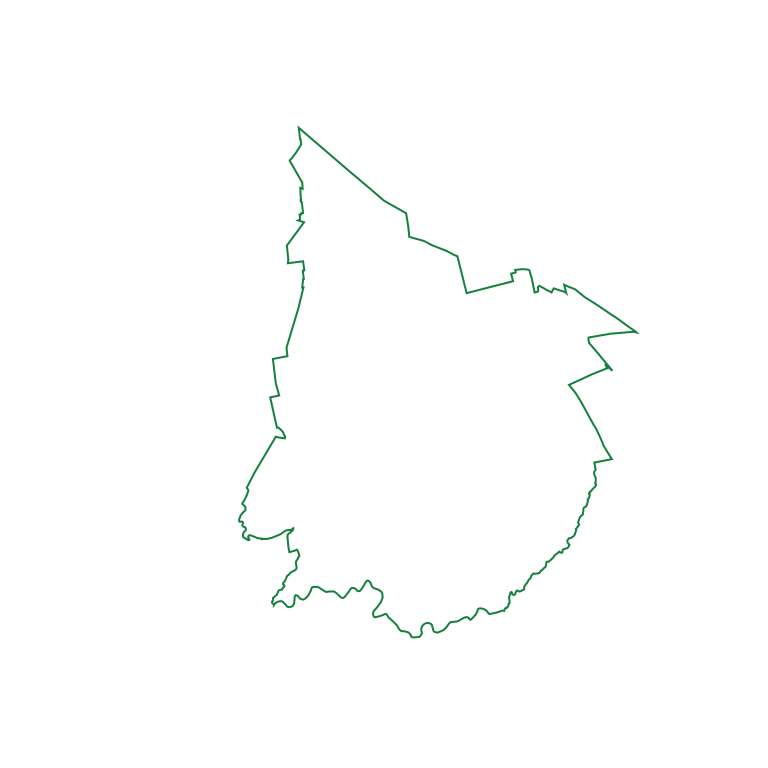 San Andrés Cholula, Puebla, Mexico, rotated 50°
{"feature_id": "50627088B61245588023001", "entity_name": "San Andrés Cholula", "entity_type": "district", "adm_level": 2, "iso_a3": "MEX", "parent_name": "Mexico", "parent_adm1": "Puebla", "projection": "mercator", "projection_center": [-98.283, 19.022], "detail": "fine", "context": "isolated", "style": "outline", "palette": "green", "viewbox_px": 768, "rotation_deg": 50, "n_neighbors": 0, "source": "geoboundaries", "source_scale": "gbopen_adm2", "svg_char_len": 6153}
<svg xmlns="http://www.w3.org/2000/svg" viewBox="0 0 768 768"><g transform="rotate(50 384 384)"><path d="M520.7,200.5L495.1,200.4L484.2,200.5L483.7,199.9L482.4,199.5L481.1,198.6L479.9,197.4L490.9,178.4L504.5,159.1L506.9,157.4L506.3,157.4L495.3,160.4L486.9,162.4L479.4,164.4L479.1,164.7L478.2,164.8L477.2,165.2L466.0,168.3L465.1,168.8L464.6,168.7L458.9,170.4L449.7,173.4L445.9,174.5L434.9,176.6L433.9,176.9L429.1,179.6L423.8,182.2L431.4,185.9L430.3,186.0L419.9,192.5L421.5,196.8L415.1,199.5L414.0,199.8L408.6,201.9L408.8,204.0L411.4,205.5L412.2,206.6L410.7,209.8L398.1,202.9L396.4,202.3L390.5,199.6L390.2,199.5L388.9,200.2L385.0,204.1L380.9,210.2L383.1,211.2L383.2,211.5L381.2,215.7L388.2,219.1L367.5,262.3L333.4,245.7L329.8,247.5L322.2,250.6L308.2,258.2L300.2,261.4L287.6,270.1L279.3,264.4L267.4,257.3L243.5,266.2L223.3,269.5L200.0,273.6L133.0,284.6L142.6,291.0L142.9,290.6L147.2,293.3L150.0,301.8L151.7,309.2L152.1,312.4L152.3,312.7L177.1,317.1L182.2,320.9L180.0,322.0L184.4,325.5L189.6,329.2L189.4,329.6L190.9,330.5L191.9,330.1L201.0,336.1L200.0,337.7L200.9,338.3L200.2,339.4L200.4,339.6L200.1,339.9L201.0,340.3L204.1,342.8L203.5,344.6L208.7,341.3L215.5,369.4L227.0,377.2L229.7,380.0L238.0,367.1L245.8,372.0L244.9,373.3L252.1,378.0L251.8,378.6L257.5,384.6L258.2,383.6L268.0,396.9L270.3,399.9L293.5,435.3L300.6,440.1L293.4,453.0L313.7,466.3L325.4,471.7L321.1,479.8L348.7,494.1L349.6,492.9L353.1,492.4L355.4,492.3L358.5,493.0L359.7,493.6L360.5,493.4L361.2,493.9L361.9,494.9L356.7,499.6L354.8,500.6L368.4,539.4L375.3,555.9L377.7,556.0L378.8,556.8L381.5,561.6L383.6,566.6L383.8,567.9L384.5,569.4L384.8,569.6L388.1,569.2L389.7,569.6L390.1,569.7L391.7,571.6L391.8,574.4L392.6,578.6L393.6,579.9L394.3,581.6L395.2,582.6L396.2,583.1L396.9,583.0L398.2,581.1L398.9,580.9L399.6,581.2L401.0,583.2L401.6,583.5L402.4,583.6L404.4,582.6L405.1,582.5L406.7,583.3L407.1,583.8L407.4,586.3L408.0,588.0L409.7,589.7L411.0,590.2L412.0,590.0L414.1,589.1L416.4,588.4L416.8,587.2L414.5,586.7L413.5,585.9L413.2,585.1L413.5,584.1L414.6,583.2L417.9,581.4L420.6,580.1L424.0,576.9L424.3,577.3L425.2,575.9L427.0,573.9L427.7,572.8L429.8,568.5L431.9,562.2L432.7,558.8L432.8,555.7L433.3,552.8L435.8,549.3L436.2,547.6L435.9,545.4L437.5,548.2L437.4,553.7L437.8,555.0L438.6,555.9L447.7,562.2L452.0,564.6L454.4,559.2L454.9,557.2L457.3,557.6L460.6,558.9L461.3,559.3L461.8,561.4L462.4,561.8L463.1,564.8L463.7,565.8L464.6,566.6L468.4,568.9L469.3,570.0L469.5,571.5L468.4,576.8L468.9,579.5L468.7,581.3L471.4,587.1L471.6,589.1L472.1,589.9L472.5,590.1L473.0,589.8L474.6,589.9L475.0,590.3L475.1,592.5L475.6,593.3L475.8,594.4L474.6,596.6L474.6,597.7L474.7,598.1L475.5,599.3L476.2,601.1L476.6,601.6L476.5,606.5L477.4,607.1L478.0,607.9L478.6,608.7L478.8,609.7L479.2,610.1L480.3,610.5L481.7,609.9L482.6,610.6L482.0,608.4L482.3,606.2L482.9,604.4L484.4,602.2L485.7,601.6L489.6,601.2L492.3,601.3L494.0,600.1L495.2,597.5L495.4,596.7L494.3,593.8L489.4,589.0L489.0,587.4L490.7,586.2L494.2,586.3L496.5,585.2L497.4,584.0L497.7,582.5L497.6,579.2L496.9,576.9L495.0,572.3L494.1,571.2L493.6,570.0L494.0,568.5L496.8,565.3L497.8,564.7L504.9,562.6L506.3,561.8L507.5,559.7L509.1,557.8L510.1,556.3L511.4,555.4L515.1,554.6L519.4,554.3L520.9,553.6L521.8,552.5L521.8,551.2L520.8,545.6L519.5,541.6L519.5,539.7L520.7,538.6L522.0,537.6L523.6,537.3L525.1,537.5L526.1,537.0L527.0,535.6L526.8,533.4L525.4,528.9L524.2,525.9L523.7,523.7L524.3,522.6L526.0,522.1L527.5,522.1L531.7,523.4L533.4,523.2L538.2,520.4L540.3,519.8L541.8,519.6L543.0,519.8L544.6,520.8L546.6,522.2L548.2,525.0L549.0,526.6L550.4,531.5L551.3,537.2L551.7,538.5L552.5,539.8L553.3,540.4L555.4,541.3L556.8,541.0L558.7,537.4L559.7,534.9L560.4,533.0L560.8,531.2L561.5,530.2L564.1,530.2L565.5,530.6L571.4,529.7L577.0,529.2L581.9,530.0L584.1,529.7L585.0,529.1L585.8,527.9L588.5,525.9L590.3,524.9L591.6,524.8L593.5,524.9L595.0,525.5L595.8,525.4L597.3,524.1L600.2,519.9L600.4,518.3L599.6,515.6L598.6,514.7L597.5,514.3L595.4,512.7L594.8,512.1L594.0,510.3L593.7,508.7L593.9,506.6L594.7,504.7L596.6,502.9L598.2,502.2L599.5,502.3L605.3,504.9L606.4,504.6L608.7,503.0L610.2,498.9L610.7,496.4L610.6,493.5L610.3,491.8L609.3,488.3L609.2,486.2L612.8,480.7L613.5,478.6L614.5,472.8L615.7,470.4L617.4,469.6L619.7,469.6L620.3,469.2L620.2,466.4L619.5,461.6L618.1,458.5L617.0,457.0L616.9,456.0L617.5,454.8L618.7,453.5L620.6,452.2L623.6,451.2L627.6,451.3L628.4,450.5L630.4,446.5L631.5,444.6L633.6,439.3L634.3,438.2L635.0,437.9L634.2,436.5L633.8,435.0L634.2,434.5L634.5,433.2L634.0,432.8L634.0,431.5L632.6,430.0L632.6,428.8L631.1,427.5L627.8,425.3L625.2,421.4L625.1,420.7L625.1,420.4L625.4,420.0L626.0,420.1L626.6,420.7L627.8,420.8L628.7,420.4L629.3,419.8L629.4,419.3L629.1,418.4L627.7,415.8L627.7,415.0L627.8,414.7L630.0,413.7L630.3,413.2L630.9,411.1L630.9,410.1L631.4,408.9L631.1,408.3L629.6,407.0L629.2,406.0L628.5,403.7L628.4,402.5L627.0,398.9L627.0,396.8L625.5,394.1L625.1,391.6L626.8,389.8L628.6,386.9L627.9,383.7L628.1,382.1L627.8,378.8L627.9,377.7L624.8,373.8L625.3,372.7L625.9,372.2L626.0,370.1L625.6,365.3L625.1,364.4L625.0,362.6L625.2,358.7L624.9,357.7L625.2,357.4L626.4,357.2L627.7,356.3L627.5,355.6L626.0,353.8L626.2,351.8L627.5,349.4L627.5,347.9L626.7,345.7L626.4,345.3L623.7,345.4L621.8,344.2L621.1,341.9L621.1,341.3L621.8,340.7L622.1,339.9L622.2,337.8L622.5,337.0L621.9,334.4L621.3,333.7L619.7,331.0L619.0,330.5L618.4,330.3L618.2,328.6L617.8,327.7L617.7,326.2L617.0,324.8L615.5,324.7L614.5,323.9L612.1,319.8L611.8,318.1L611.7,315.4L611.1,314.9L609.7,313.2L607.9,311.7L607.5,310.8L607.2,309.9L607.7,308.2L607.1,306.9L607.1,306.2L606.0,305.0L604.9,303.0L603.9,302.6L603.5,302.2L603.1,301.7L603.2,300.5L602.0,298.6L601.0,297.5L600.3,297.8L599.6,297.3L599.6,296.4L598.9,295.8L598.9,295.2L599.3,294.8L598.5,291.6L598.5,289.0L597.6,286.2L597.1,285.9L596.2,286.2L595.7,286.0L595.1,285.3L594.9,284.5L591.7,282.0L588.3,281.1L586.5,279.6L586.0,278.3L585.8,277.1L584.8,276.2L583.6,276.0L583.0,275.4L580.1,273.9L579.4,273.1L579.8,272.9L581.3,269.9L588.0,257.8L573.3,255.6L563.5,252.6L554.4,250.2L549.7,249.6L524.2,244.5L514.7,243.1L511.3,242.9L503.6,242.9L510.1,219.0L515.3,203.1L511.6,201.9L511.3,201.4L516.2,201.3L520.7,200.5Z" fill="none" stroke="#15803d" stroke-width="2"/></g></svg>